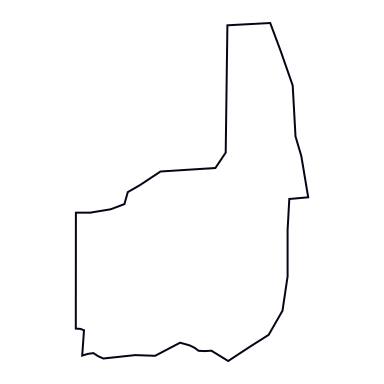 Nakapiripirit, Albers equal-area conic projection
{"feature_id": "UGA-3128", "entity_name": "Nakapiripirit", "entity_type": "District", "adm_level": 1, "iso_a3": "UGA", "parent_name": "Uganda", "parent_adm1": "", "projection": "albers", "projection_center": [34.525, 2.013], "detail": "fine", "context": "isolated", "style": "outline", "palette": "ink", "viewbox_px": 384, "rotation_deg": 0, "n_neighbors": 0, "source": "natural_earth", "source_scale": "10m", "svg_char_len": 594}
<svg xmlns="http://www.w3.org/2000/svg" viewBox="0 0 384 384"><path d="M205.0,351.1L198.6,350.8L194.6,347.8L189.7,345.4L180.1,342.7L155.1,355.8L135.2,355.1L103.4,358.5L98.3,356.3L93.4,353.1L87.8,353.9L82.2,355.6L84.0,330.3L80.5,328.9L75.8,328.6L75.9,212.7L90.0,212.7L110.6,209.3L124.4,204.1L127.8,192.1L139.8,185.2L160.5,171.5L215.4,168.0L225.7,152.6L227.4,25.3L270.2,23.0L280.7,51.1L292.7,85.5L295.5,136.4L301.3,156.0L308.2,197.3L289.3,199.0L287.6,229.9L287.6,276.3L282.5,310.7L268.7,334.8L249.8,346.8L228.2,361.0L211.4,350.7L205.0,351.1Z" fill="none" stroke="#020617" stroke-width="2"/></svg>